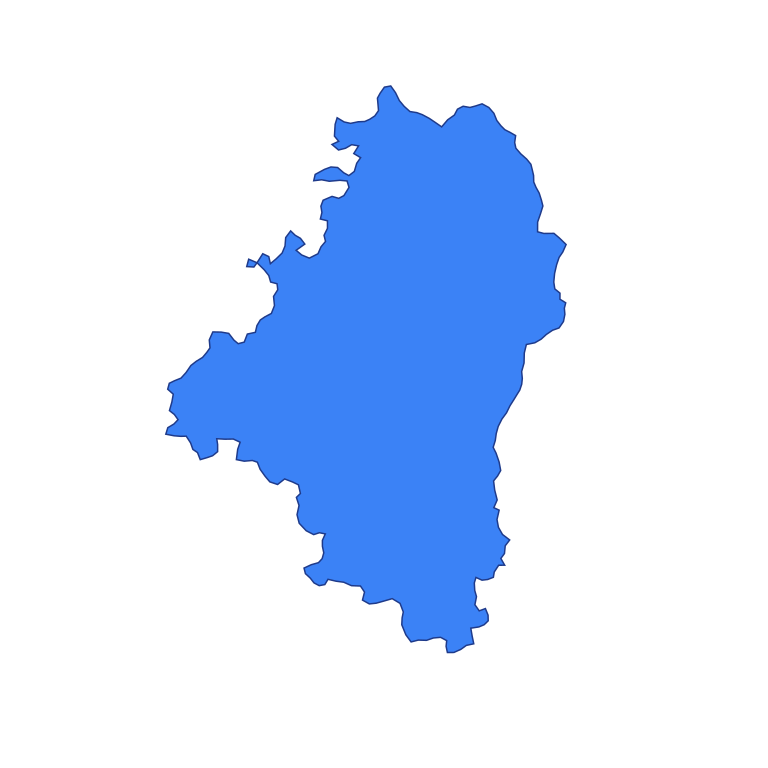 São Vicente de Minas, Minas Gerais, Brazil (orthographic projection), rotated 158°
{"feature_id": "56859067B71918006401006", "entity_name": "São Vicente de Minas", "entity_type": "district", "adm_level": 2, "iso_a3": "BRA", "parent_name": "Brazil", "parent_adm1": "Minas Gerais", "projection": "orthographic", "projection_center": [-44.466, -21.658], "detail": "fine", "context": "isolated", "style": "filled", "palette": "blue", "viewbox_px": 768, "rotation_deg": 158, "n_neighbors": 0, "source": "geoboundaries", "source_scale": "gbopen_adm2", "svg_char_len": 3712}
<svg xmlns="http://www.w3.org/2000/svg" viewBox="0 0 768 768"><g transform="rotate(158 384 384)"><path d="M456.3,544.0L452.3,534.8L450.2,527.7L450.9,521.0L445.6,517.0L447.2,511.2L453.6,506.6L456.2,497.7L462.0,491.6L469.1,490.9L474.7,489.7L479.9,485.8L483.9,480.1L492.0,481.5L497.9,475.2L504.1,476.0L506.7,480.9L509.0,489.1L515.5,493.1L523.2,496.4L529.5,490.3L531.8,482.7L536.6,479.6L542.3,476.6L549.5,475.4L556.1,473.5L563.2,468.8L570.0,465.5L577.1,465.5L582.8,465.1L586.5,460.2L583.2,453.5L587.4,446.8L592.9,439.7L589.8,434.3L588.3,428.1L593.8,425.6L600.8,424.5L605.1,419.2L598.0,414.6L592.0,411.6L586.9,409.7L585.4,401.8L585.7,394.9L582.6,390.3L582.7,382.7L575.5,382.0L569.8,381.7L563.6,383.6L560.9,390.3L559.6,395.9L552.1,392.4L544.3,389.4L539.2,383.9L544.1,378.3L549.2,369.2L542.5,364.8L534.7,362.4L530.7,358.9L530.8,351.3L528.8,343.0L526.5,336.0L520.3,330.7L511.7,333.2L505.6,327.5L501.1,322.6L502.5,313.8L507.7,311.7L508.3,303.2L513.6,295.4L514.8,286.6L511.1,277.1L505.6,270.7L499.6,270.3L494.6,267.0L499.7,262.1L501.9,256.6L503.1,250.0L506.8,245.2L511.7,242.9L519.1,243.7L527.1,243.3L527.9,237.6L525.1,231.7L523.4,225.8L519.6,221.3L514.0,220.2L509.1,223.9L502.3,219.1L495.6,215.3L489.7,209.2L481.5,205.5L480.0,198.4L484.9,191.7L480.0,185.6L473.4,183.7L466.4,182.9L456.8,181.9L451.3,174.6L451.5,165.4L454.8,160.4L457.7,154.1L457.7,143.3L455.5,134.7L448.1,133.7L440.6,130.4L433.3,130.0L426.4,127.9L422.0,122.6L424.7,117.5L425.8,111.3L419.8,108.9L412.0,109.2L405.6,110.8L398.1,109.5L396.7,117.2L395.0,125.1L387.0,123.2L381.3,123.3L376.1,125.4L374.1,130.7L374.1,137.8L380.7,138.0L382.4,145.3L377.9,152.2L377.2,158.6L374.8,165.7L371.2,170.2L366.6,165.4L361.1,163.9L355.0,163.8L352.2,168.4L345.6,173.0L340.0,170.8L341.0,178.5L335.8,181.7L332.2,188.6L325.9,192.3L330.5,200.1L331.6,208.2L330.0,216.0L324.5,223.9L328.5,228.2L322.5,234.1L321.1,244.2L318.7,253.1L313.1,256.2L308.2,260.1L306.5,268.5L306.0,277.9L306.5,284.4L302.0,289.9L298.5,296.0L294.0,301.9L287.7,307.4L281.2,311.4L275.4,316.6L269.4,320.9L264.8,324.3L260.4,327.5L256.4,332.2L253.7,337.3L251.7,344.0L246.3,351.0L242.3,360.2L237.2,367.3L228.7,365.7L221.5,366.7L215.0,369.1L207.6,370.7L200.7,370.4L194.2,374.7L190.2,380.8L188.4,386.7L185.1,391.2L189.1,396.7L186.8,402.3L190.0,408.2L188.4,414.9L184.4,422.6L179.3,429.9L174.2,435.8L168.8,439.4L162.9,445.1L166.8,453.9L170.0,460.0L179.4,463.7L184.6,467.6L180.9,476.6L174.9,483.5L170.0,489.5L169.2,495.3L168.6,502.9L169.4,509.4L169.5,515.2L167.2,521.3L166.3,527.0L165.5,532.7L167.5,539.1L171.0,546.2L173.4,553.2L172.4,558.9L168.9,565.0L172.4,569.5L176.7,574.5L178.9,579.7L180.7,586.1L180.7,593.8L183.2,601.1L188.1,607.0L195.1,607.5L200.7,608.2L206.6,611.9L212.9,611.3L218.0,607.0L226.0,605.1L234.2,600.8L238.2,606.9L242.5,613.3L247.6,619.4L251.9,623.3L257.9,626.9L261.3,633.9L263.6,641.0L264.2,649.8L266.1,657.8L272.4,659.1L278.6,655.1L283.0,651.5L284.7,645.9L286.7,639.5L292.1,636.0L298.1,634.8L303.5,634.6L309.7,636.8L317.4,638.2L322.8,641.9L327.7,648.4L332.0,643.1L337.1,632.4L335.1,626.0L342.5,625.6L338.5,618.0L331.4,617.0L324.3,618.0L318.4,614.3L325.7,609.0L320.9,602.6L326.6,598.9L331.9,592.2L338.5,590.4L342.2,594.9L345.9,602.1L351.9,605.1L358.8,605.3L369.3,604.1L373.0,598.8L365.3,596.7L358.8,592.5L348.6,589.4L342.2,586.1L342.8,579.4L350.6,573.7L356.4,573.1L361.9,577.4L371.6,577.2L375.9,572.5L377.3,566.3L381.2,560.8L375.3,556.5L378.1,549.5L383.9,544.3L384.8,538.1L391.0,534.8L396.4,529.5L406.1,528.7L412.0,534.5L415.4,540.9L405.0,543.4L406.9,550.4L410.6,555.1L413.2,560.9L420.3,556.6L424.1,549.0L429.4,543.6L437.2,540.4L444.3,538.1L443.1,545.3L447.6,550.2L456.3,544.0ZM456.3,544.0L462.7,550.4L467.3,544.3L460.8,541.2L456.3,544.0Z" fill="#3b82f6" stroke="#1e3a8a" stroke-width="1.5"/></g></svg>